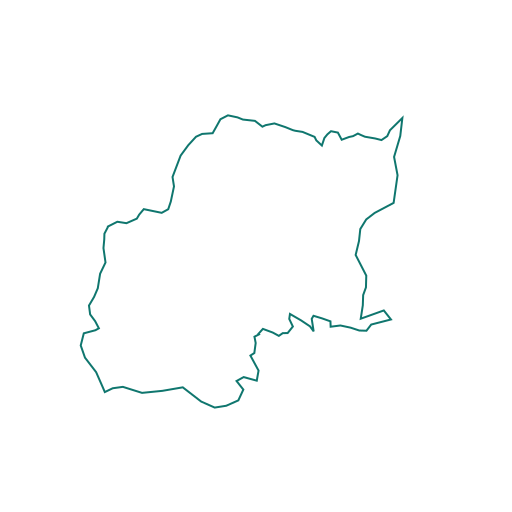 Alektora, Limassol, Cyprus (Albers equal-area conic projection), rotated 202°
{"feature_id": "46923920B57894540392613", "entity_name": "Alektora", "entity_type": "district", "adm_level": 2, "iso_a3": "CYP", "parent_name": "Cyprus", "parent_adm1": "Limassol", "projection": "albers", "projection_center": [32.666, 34.7], "detail": "fine", "context": "isolated", "style": "outline", "palette": "teal", "viewbox_px": 512, "rotation_deg": 202, "n_neighbors": 0, "source": "geoboundaries", "source_scale": "gbopen_adm2", "svg_char_len": 1646}
<svg xmlns="http://www.w3.org/2000/svg" viewBox="0 0 512 512"><g transform="rotate(202 256 256)"><path d="M172.0,438.8L178.9,422.8L179.2,416.3L183.1,410.5L189.6,409.6L199.7,407.4L204.3,407.5L207.4,407.7L210.9,403.5L214.3,401.2L220.1,395.9L226.3,401.1L233.2,399.8L235.4,395.5L236.8,391.0L236.3,383.1L243.4,385.8L246.3,388.4L259.3,388.5L266.6,386.8L269.0,386.5L277.1,386.5L288.6,385.8L296.1,380.9L298.5,378.3L307.6,380.9L319.3,377.6L325.1,377.6L334.7,375.9L340.2,369.5L341.2,361.3L342.2,353.6L351.7,349.0L356.3,344.1L360.3,333.4L363.5,320.9L363.0,298.0L358.1,289.8L355.4,274.6L354.9,266.5L359.6,260.7L377.6,257.4L379.8,250.6L380.5,246.0L388.4,237.9L397.4,235.8L404.4,227.8L404.2,227.1L404.9,219.9L402.9,214.5L400.4,206.2L393.1,193.6L393.9,181.2L390.6,166.8L390.8,157.4L392.3,147.5L387.9,139.7L380.7,135.3L374.6,130.1L377.1,127.0L386.7,119.8L385.0,107.4L376.5,97.7L360.7,88.4L348.5,76.5L345.2,73.2L339.3,79.7L330.4,84.8L310.4,86.4L292.3,95.9L274.7,106.8L252.3,100.5L237.5,100.0L227.5,106.0L218.3,115.5L217.7,127.4L227.2,132.8L222.1,139.1L208.6,140.7L210.7,150.7L223.9,161.6L221.2,165.4L223.7,175.2L227.2,180.6L223.9,184.4L224.6,184.7L222.3,191.0L211.8,191.3L204.9,190.5L202.3,194.5L197.8,196.4L195.4,204.4L201.6,210.1L202.8,215.0L190.2,213.2L179.6,211.0L174.3,207.7L180.8,218.6L180.3,222.1L171.5,222.9L162.5,223.3L160.3,218.4L151.7,223.2L141.4,225.0L132.3,225.6L125.6,228.1L123.5,235.6L107.1,247.7L117.1,253.4L135.4,237.1L138.5,250.3L142.0,259.9L142.3,268.1L146.4,279.1L164.0,294.3L166.1,308.4L169.4,320.1L167.5,331.2L162.1,340.4L148.3,356.8L155.0,383.9L165.1,399.6L167.2,421.3L172.0,438.8Z" fill="none" stroke="#0f766e" stroke-width="2"/></g></svg>